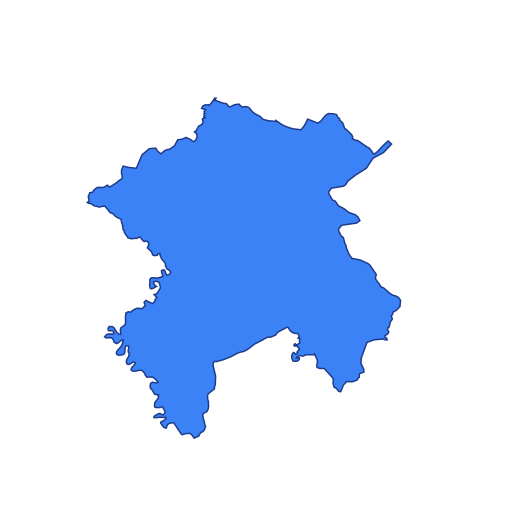 the district of Gaoual, Gaoual, Guinea, rotated 243°
{"feature_id": "49546643B28661548838550", "entity_name": "Gaoual", "entity_type": "district", "adm_level": 2, "iso_a3": "GIN", "parent_name": "Guinea", "parent_adm1": "Gaoual", "projection": "natural_earth1", "projection_center": [-13.638, 11.692], "detail": "fine", "context": "isolated", "style": "filled", "palette": "blue", "viewbox_px": 512, "rotation_deg": 243, "n_neighbors": 0, "source": "geoboundaries", "source_scale": "gbopen_adm2", "svg_char_len": 6100}
<svg xmlns="http://www.w3.org/2000/svg" viewBox="0 0 512 512"><g transform="rotate(243 256 256)"><path d="M145.6,361.3L150.7,364.6L154.2,364.2L156.7,362.6L159.2,359.9L161.9,358.3L169.1,355.5L172.6,352.9L174.0,353.3L180.9,352.1L182.8,352.8L184.9,354.8L196.5,353.3L198.8,352.1L205.4,346.8L210.2,340.5L215.0,339.7L221.6,340.1L225.0,341.0L227.0,340.9L232.7,342.2L235.2,341.0L241.3,341.1L242.9,342.4L244.5,346.4L239.7,360.5L240.3,364.6L244.3,364.6L247.7,363.2L252.8,358.4L258.4,355.8L263.4,352.1L268.7,351.6L271.3,349.5L278.3,349.2L280.2,350.0L282.2,354.1L278.6,365.2L278.7,367.9L281.1,372.1L282.9,381.4L284.1,394.2L290.0,404.6L290.3,416.6L294.2,427.6L298.5,426.0L296.8,419.8L293.9,411.6L293.0,407.5L294.8,406.8L298.3,406.5L300.8,405.8L303.4,404.0L312.8,399.0L314.4,396.7L316.8,395.3L318.3,396.2L320.9,396.3L328.1,393.7L329.3,392.9L335.1,393.7L339.1,392.2L340.5,392.9L341.7,392.0L343.8,391.8L345.4,392.0L347.8,389.2L350.0,385.2L349.9,382.2L346.7,374.9L346.4,371.3L354.5,364.2L350.5,358.8L348.0,353.6L352.4,346.8L356.9,342.2L360.5,339.2L367.7,335.3L366.7,334.7L367.5,333.9L370.4,329.1L374.3,324.5L378.6,323.0L383.0,319.8L386.4,318.2L391.5,317.1L393.7,315.0L395.1,311.2L399.1,309.7L400.6,305.4L400.5,301.0L401.7,299.6L405.1,298.8L407.3,295.9L411.7,291.8L413.2,290.0L414.8,292.0L415.4,290.7L414.1,288.7L412.5,285.6L411.5,282.5L412.3,282.2L413.8,279.1L413.7,276.6L412.2,274.5L409.0,277.7L408.2,275.2L406.4,275.2L406.2,274.0L404.5,274.2L403.8,272.6L402.4,273.5L402.4,270.4L399.2,269.6L397.8,267.4L397.7,263.7L394.9,259.7L394.5,257.5L391.7,258.7L388.7,257.5L386.5,254.8L386.3,252.1L389.7,250.4L393.4,247.5L393.6,243.2L395.1,239.0L391.2,233.4L390.4,228.2L391.4,223.1L390.2,217.6L394.6,215.8L397.5,215.7L399.3,211.8L400.0,209.5L397.9,200.4L388.5,189.2L392.6,182.9L396.4,178.4L393.5,175.2L390.8,173.7L387.5,173.0L385.7,171.7L385.3,167.6L384.6,165.2L383.8,157.0L386.6,155.7L386.2,151.5L389.1,145.8L388.5,141.9L387.0,139.2L387.9,136.5L386.6,135.6L386.2,134.4L384.4,133.2L383.7,133.3L380.7,132.1L380.3,130.0L378.9,130.8L377.5,132.9L374.1,134.6L372.8,136.5L370.9,138.2L370.1,141.3L369.0,144.0L360.6,145.9L358.9,147.6L355.3,148.7L352.7,150.3L350.2,152.5L347.7,151.7L344.8,151.3L339.6,149.6L337.7,149.9L336.7,149.4L330.4,150.2L327.9,152.8L326.5,156.6L325.8,157.8L325.8,161.1L324.4,161.7L322.4,161.8L319.6,162.9L319.4,164.7L318.2,165.9L315.4,166.2L312.5,162.9L307.6,164.8L303.8,164.5L302.2,166.0L301.5,168.6L302.5,169.7L301.8,171.7L300.0,170.8L296.8,170.7L295.0,170.8L292.6,171.6L289.8,171.8L288.7,170.9L285.1,170.8L282.6,172.2L280.3,172.7L278.9,170.4L279.2,168.2L280.8,167.8L285.0,168.1L285.9,166.9L285.9,165.2L283.9,164.4L280.1,163.8L280.7,159.8L281.5,157.1L283.1,155.0L284.1,152.7L283.2,150.7L280.0,149.2L278.7,148.1L275.1,147.1L274.2,148.0L273.9,149.9L274.1,153.6L275.9,152.4L279.5,152.8L279.1,155.2L276.8,157.7L272.4,156.9L270.9,156.3L268.6,152.6L267.3,149.9L267.9,147.7L263.8,148.7L263.1,146.7L261.3,144.7L260.5,142.3L264.0,139.4L266.4,137.9L265.5,135.2L262.2,135.0L260.8,130.6L262.9,127.3L263.6,125.7L263.6,122.9L263.0,118.4L264.3,117.0L264.3,114.2L260.6,111.8L255.8,109.6L254.0,107.7L253.4,103.1L252.0,101.7L247.5,99.9L248.8,98.3L251.2,97.3L255.5,97.0L257.4,96.6L258.3,95.8L259.8,93.3L258.9,91.5L256.5,90.6L254.2,94.5L252.2,94.5L251.2,93.5L253.2,89.9L253.9,87.3L252.6,84.4L251.1,85.2L248.8,90.2L246.1,90.9L243.7,90.4L241.3,91.9L241.1,93.0L242.1,98.1L241.4,99.6L238.0,96.6L236.5,94.4L234.3,88.7L232.8,87.4L231.2,87.4L229.9,88.6L228.6,92.1L228.6,94.4L230.2,95.7L233.9,97.8L234.7,99.0L234.6,100.4L233.6,101.7L231.5,100.6L229.7,99.1L228.4,98.6L227.0,98.9L224.4,97.1L222.4,93.8L220.6,92.4L218.8,92.0L218.0,92.3L217.0,93.6L217.2,98.8L215.9,100.0L214.6,98.9L212.7,94.2L211.1,92.9L209.4,93.9L208.1,96.4L207.3,99.8L206.3,102.0L204.1,103.0L201.5,103.6L200.1,103.2L197.5,103.8L196.5,106.2L195.0,108.9L192.7,110.2L190.1,111.0L187.9,111.3L188.1,109.4L190.3,107.0L190.5,104.5L188.6,102.8L186.2,101.9L183.4,102.7L178.8,102.9L177.0,105.5L177.0,105.1L174.8,105.4L173.9,104.6L171.3,99.3L168.4,97.4L167.1,97.3L166.5,97.9L164.8,101.1L164.3,103.6L163.8,104.2L159.0,104.4L158.3,104.1L156.8,102.4L156.7,101.7L157.0,100.5L159.2,99.0L159.7,97.9L159.7,93.7L159.1,92.1L158.4,91.7L157.2,93.7L156.5,96.0L152.9,102.5L152.4,102.3L151.8,101.6L151.2,98.9L151.4,96.5L151.0,95.5L150.0,95.2L145.8,95.9L143.9,97.1L143.4,97.9L145.7,100.2L146.1,101.3L146.0,103.7L144.9,107.0L131.6,108.5L130.3,109.0L129.9,111.8L129.2,114.0L128.3,115.7L127.0,117.4L121.8,118.2L121.6,123.4L122.5,124.3L123.8,127.0L123.6,129.1L124.5,131.0L127.0,133.7L128.4,133.8L135.0,135.3L138.7,136.4L139.7,137.9L139.6,141.2L139.8,141.9L141.4,143.9L143.1,145.2L147.7,147.4L150.8,148.1L153.9,149.6L154.6,150.5L155.2,152.0L156.5,158.7L158.4,159.7L159.7,161.2L167.1,165.4L178.4,168.2L179.9,169.3L180.9,170.9L180.6,172.1L179.8,172.9L178.4,180.0L177.7,187.7L177.8,195.7L177.4,198.6L176.6,201.4L176.5,204.3L176.8,207.7L178.2,214.6L178.2,224.0L178.4,225.8L178.4,229.4L177.6,230.8L177.1,232.3L176.6,237.3L178.0,240.3L178.3,241.8L178.4,251.1L177.7,252.3L174.4,252.4L171.8,253.4L169.3,255.5L168.9,256.6L167.8,258.1L164.8,258.3L164.0,256.4L163.6,256.1L163.3,256.2L163.0,257.3L162.1,257.5L160.6,256.1L158.5,255.5L158.3,251.9L158.6,251.5L160.0,251.1L160.0,250.2L159.3,249.2L158.0,249.7L157.7,250.9L156.7,251.7L153.4,252.6L151.8,249.0L150.7,248.9L150.5,247.1L151.0,246.5L152.8,246.0L152.7,244.5L151.0,242.6L148.6,241.5L145.6,241.3L144.1,243.6L143.5,245.9L144.4,247.8L145.6,248.4L146.2,247.4L146.7,245.8L147.7,247.6L147.4,249.6L145.3,252.8L145.4,255.3L144.6,257.3L141.8,262.5L142.3,263.6L135.4,263.4L133.6,262.5L130.3,260.1L128.9,259.9L126.9,261.7L125.4,264.6L124.7,265.7L124.1,265.9L112.4,269.1L110.9,268.8L107.4,266.7L103.3,266.1L101.6,267.6L97.9,268.2L96.6,269.9L101.3,275.3L103.0,279.7L100.3,284.5L99.5,289.5L100.7,291.4L101.1,293.0L104.2,294.7L103.6,299.5L106.5,300.6L112.8,300.8L117.2,303.4L128.6,315.7L127.7,323.2L124.3,331.7L123.4,332.2L121.7,334.6L123.1,335.2L125.0,334.3L126.4,334.4L126.8,338.3L128.2,339.9L130.3,339.6L132.3,341.2L132.3,342.4L136.3,345.8L137.8,348.8L141.5,349.4L141.7,350.7L143.8,352.8L143.9,356.5L145.6,361.3Z" fill="#3b82f6" stroke="#1e3a8a" stroke-width="1.5"/></g></svg>